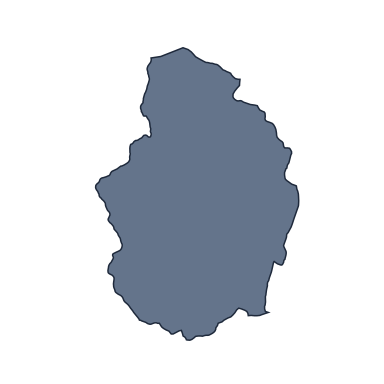 Hiley, Geylegphug, Bhutan (Mercator projection), rotated 159°
{"feature_id": "84629894B8166759987677", "entity_name": "Hiley", "entity_type": "district", "adm_level": 2, "iso_a3": "BTN", "parent_name": "Bhutan", "parent_adm1": "Geylegphug", "projection": "mercator", "projection_center": [90.268, 26.934], "detail": "fine", "context": "isolated", "style": "filled", "palette": "slate", "viewbox_px": 384, "rotation_deg": 159, "n_neighbors": 0, "source": "geoboundaries", "source_scale": "gbopen_adm2", "svg_char_len": 6002}
<svg xmlns="http://www.w3.org/2000/svg" viewBox="0 0 384 384"><g transform="rotate(159 192 192)"><path d="M85.3,192.1L84.6,194.0L84.7,194.7L84.9,196.6L85.3,197.9L86.3,198.5L87.2,199.0L88.1,199.3L89.7,200.0L90.1,201.6L89.8,203.0L89.4,205.2L89.9,206.8L91.0,208.3L92.0,210.0L92.9,212.5L92.7,214.6L92.0,216.8L91.3,220.3L91.3,222.8L91.8,225.8L92.6,227.4L94.4,229.1L96.7,231.0L97.7,232.4L97.7,234.1L96.6,236.1L95.6,239.4L95.9,240.8L97.5,242.3L99.3,244.3L99.8,246.5L100.1,249.2L102.2,250.6L106.2,252.8L108.8,255.0L111.7,257.4L113.1,259.3L114.2,260.0L116.4,260.5L117.6,261.3L118.9,263.1L119.6,265.0L119.6,266.3L118.5,268.8L115.9,270.9L112.5,272.9L109.5,274.4L108.3,277.1L106.8,280.0L108.7,280.8L110.9,282.3L112.2,284.6L113.1,286.9L113.4,289.0L114.7,290.4L116.4,291.9L117.8,293.6L119.3,294.9L121.0,298.9L122.3,301.2L123.2,302.2L124.8,303.1L126.8,304.8L128.5,305.5L130.7,307.1L132.6,308.0L134.6,310.2L137.9,314.1L140.2,317.0L141.3,320.1L142.5,323.1L144.6,326.4L148.7,329.9L172.6,329.7L182.2,331.8L182.5,330.5L182.9,329.6L183.8,328.3L184.6,327.6L185.9,326.8L188.1,325.3L189.5,323.6L190.0,322.4L190.2,320.1L190.4,319.2L190.7,318.6L190.7,316.5L191.0,315.2L191.1,313.5L191.4,312.5L192.0,311.5L193.9,309.0L195.7,307.0L197.4,304.3L199.5,301.9L201.1,300.5L203.9,296.7L204.5,295.2L205.3,294.1L205.7,292.9L206.7,292.4L208.0,291.6L209.2,290.5L209.6,289.6L210.0,288.6L210.1,286.1L210.5,285.1L210.2,284.3L210.0,280.5L209.4,280.0L208.6,279.8L207.5,279.2L207.1,276.5L206.5,274.3L206.5,273.4L206.6,272.7L206.8,271.4L207.6,268.3L207.8,267.2L207.8,266.5L207.9,265.7L208.5,264.6L209.2,263.3L209.2,261.2L209.4,260.6L209.7,260.0L210.9,258.5L211.4,258.4L212.4,258.6L213.1,259.2L214.0,261.1L215.0,261.8L216.0,262.0L216.9,262.1L217.7,261.6L219.7,260.5L221.1,260.5L223.8,259.9L224.9,259.9L226.2,260.3L227.2,260.1L228.2,259.8L229.2,259.0L230.7,258.4L232.2,258.4L232.7,257.8L233.6,256.6L234.4,255.0L235.2,252.7L235.5,251.9L235.8,251.0L235.9,249.8L237.5,247.4L237.8,246.7L238.2,245.3L238.5,244.6L239.0,244.0L239.6,243.5L240.1,243.0L241.0,242.6L241.8,242.3L243.2,242.0L244.7,241.7L246.2,241.5L248.5,241.4L249.0,241.7L250.2,241.4L253.6,240.4L256.0,240.2L259.0,240.0L259.9,239.7L261.3,238.8L262.1,237.8L262.9,237.3L263.7,237.0L264.5,237.1L266.0,237.0L267.5,237.0L268.2,237.1L268.9,237.1L270.4,237.3L271.2,237.4L271.9,237.3L272.6,237.1L273.3,236.7L273.8,236.2L274.3,235.6L274.7,235.0L275.4,234.6L276.0,234.2L277.5,233.8L278.1,233.4L278.8,233.1L279.4,232.6L279.8,232.0L280.1,231.3L280.4,230.7L280.5,229.9L280.4,228.4L280.2,227.7L279.8,226.2L279.8,224.7L279.7,224.0L279.6,223.2L280.0,221.8L280.0,221.0L279.8,220.3L279.6,219.6L279.1,219.0L278.8,217.7L277.8,215.7L277.5,215.0L277.3,214.3L277.1,213.5L277.0,212.8L277.1,212.0L277.5,210.6L277.6,209.8L277.6,208.3L277.5,206.1L277.4,205.3L277.2,204.6L276.9,203.9L276.6,203.2L276.4,202.5L276.4,201.7L276.5,201.0L276.7,200.3L277.1,199.6L277.7,199.1L278.7,198.0L279.3,197.5L279.8,197.0L280.2,196.3L280.3,195.6L280.2,194.8L279.6,192.7L279.1,192.0L278.5,190.7L278.0,189.2L277.8,188.5L277.7,187.8L277.7,187.0L278.0,185.5L277.9,184.8L277.6,184.1L276.8,182.0L276.3,180.5L276.2,179.8L276.3,178.3L276.2,177.5L275.6,174.5L275.7,173.6L276.0,172.1L276.1,170.6L276.1,169.8L276.0,168.3L276.1,167.6L276.4,166.9L276.8,166.2L277.7,165.0L278.2,164.5L278.8,164.0L279.5,163.6L280.2,163.3L280.9,163.2L283.1,163.0L283.9,163.0L286.9,162.7L287.6,162.6L288.3,162.3L288.7,161.6L288.9,160.9L288.8,160.2L288.8,159.4L289.0,158.7L289.5,158.1L290.0,157.6L291.8,156.1L292.3,155.6L292.9,155.2L294.3,154.6L294.9,154.1L295.5,153.7L296.0,153.1L296.5,152.5L297.2,151.2L298.4,149.2L298.7,148.6L299.1,147.1L299.1,146.5L298.7,145.7L297.9,144.6L296.9,143.6L296.4,143.0L296.0,142.3L295.8,141.6L295.6,140.9L295.5,140.1L295.7,139.4L295.9,138.7L297.0,136.7L297.4,136.1L297.7,135.4L298.1,134.7L298.4,134.0L298.5,133.3L298.8,132.6L299.0,131.9L299.1,131.1L299.2,130.4L299.1,129.7L299.2,128.2L299.2,127.4L299.4,126.7L299.2,125.9L298.9,125.2L297.7,123.3L297.2,122.7L296.2,121.6L295.7,121.0L295.3,120.4L295.0,119.7L294.7,119.0L294.6,118.3L294.5,117.5L294.5,115.2L294.4,114.5L293.9,113.1L293.5,112.4L292.4,110.4L292.1,109.7L291.6,108.3L290.9,105.3L290.0,102.5L289.8,101.7L289.7,101.0L289.5,100.2L287.6,94.5L287.2,93.1L287.0,92.3L287.0,91.2L286.3,90.9L285.7,90.4L285.3,89.8L281.9,86.9L280.9,85.5L280.2,84.7L278.6,83.6L277.5,83.3L274.8,83.3L273.8,83.2L273.0,83.0L272.1,82.6L271.1,81.7L269.5,81.1L268.7,77.0L267.6,75.0L265.6,72.5L263.4,70.4L262.3,66.9L260.5,66.2L253.7,67.0L251.5,66.6L251.6,63.5L251.9,60.7L250.7,59.2L250.2,57.4L250.2,56.0L249.4,55.5L247.1,54.4L245.0,54.4L241.8,55.3L240.5,55.9L239.7,55.8L237.7,55.3L236.0,54.7L233.8,53.6L231.8,53.5L230.2,53.2L229.0,52.7L227.5,52.3L225.5,52.5L223.4,52.8L221.7,53.3L220.2,54.1L219.0,55.4L218.4,56.7L216.1,58.2L214.6,60.1L210.5,60.0L208.0,60.9L203.6,61.5L200.5,61.5L198.0,62.5L195.3,63.9L192.4,66.0L190.0,66.8L187.7,65.1L184.9,62.5L183.6,60.8L183.3,58.6L183.8,56.4L181.0,55.6L178.2,54.2L175.6,53.2L173.0,52.5L170.6,52.5L163.9,52.2L166.3,54.2L166.1,56.8L165.2,59.3L164.3,60.2L162.8,62.9L161.0,68.0L159.8,69.6L159.5,70.3L157.7,73.6L156.9,74.9L155.2,77.4L154.6,79.2L153.6,80.8L152.2,81.8L150.5,84.2L146.6,88.8L145.3,90.7L142.4,95.1L141.1,97.0L140.8,97.4L140.2,97.7L139.7,96.9L138.7,95.4L137.9,94.3L137.3,93.7L136.6,93.2L136.1,92.7L135.5,92.2L134.8,91.8L134.1,91.7L133.4,92.0L131.7,93.5L130.7,95.3L129.4,95.8L129.0,96.5L127.7,98.3L126.8,99.6L126.1,100.9L125.8,101.6L125.6,102.3L125.5,103.1L125.6,104.6L125.8,107.6L125.8,108.4L125.7,109.1L124.8,110.3L121.3,114.3L120.2,115.7L119.8,116.3L119.2,117.7L118.8,118.4L118.3,118.9L116.9,119.6L116.3,120.1L112.9,123.0L112.3,123.5L111.8,124.0L109.8,126.3L106.5,130.4L98.2,140.2L97.7,140.8L97.3,141.5L96.4,143.5L95.5,145.6L94.3,149.2L93.6,151.4L93.4,152.1L93.0,155.0L93.1,156.9L92.4,160.3L93.2,161.1L96.1,163.6L97.9,166.4L99.3,168.5L100.2,170.4L100.2,171.7L99.5,174.7L98.6,177.0L95.9,180.1L94.9,180.3L94.2,181.6L93.3,182.9L92.8,183.4L91.5,184.2L91.0,184.7L89.7,186.5L87.6,189.5L86.7,190.8L85.9,191.7L85.3,192.1Z" fill="#64748b" stroke="#1e293b" stroke-width="1.5"/></g></svg>